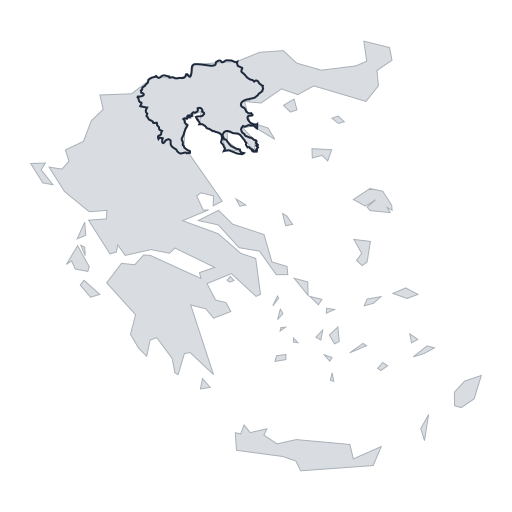 Kentriki Makedonia on a map of Greece (Robinson projection)
{"feature_id": "GRC-2991", "entity_name": "Kentriki Makedonia", "entity_type": "Region", "adm_level": 1, "iso_a3": "GRC", "parent_name": "Greece", "parent_adm1": "", "projection": "robinson", "projection_center": [23.042, 40.656], "detail": "fine", "context": "in_parent", "style": "outline", "palette": "slate", "viewbox_px": 512, "rotation_deg": 0, "n_neighbors": 0, "source": "natural_earth", "source_scale": "10m", "svg_char_len": 9553}
<svg xmlns="http://www.w3.org/2000/svg" viewBox="0 0 512 512"><path d="M363.9,41.2L389.5,47.6L392.0,60.2L377.0,70.5L378.4,85.8L366.0,101.4L313.8,85.9L297.8,94.6L281.4,88.9L261.1,103.0L244.6,101.5L250.0,122.3L268.0,128.0L274.8,139.3L252.5,126.0L242.9,127.9L255.3,141.4L254.3,150.9L239.6,134.5L227.2,132.0L227.6,141.4L240.1,151.3L225.7,149.3L221.3,135.0L199.7,123.4L201.1,111.4L185.9,117.4L183.9,146.3L222.2,201.1L213.2,205.8L213.5,195.9L201.0,192.8L196.7,195.8L199.2,201.5L203.3,210.3L208.6,209.8L182.6,220.7L218.3,233.8L240.9,253.4L255.7,258.4L260.5,294.3L256.1,296.4L231.4,273.6L207.0,283.6L215.5,300.0L225.9,302.6L230.8,311.5L213.6,318.2L205.9,308.8L190.7,305.0L213.5,374.6L190.2,352.6L184.4,353.5L178.1,374.6L174.9,372.8L172.2,358.4L156.7,337.6L150.1,340.1L146.7,356.2L138.6,348.2L130.5,334.3L135.6,314.8L106.7,282.8L121.5,263.4L134.8,264.7L143.6,255.0L150.3,255.4L200.9,278.5L199.5,272.6L214.7,267.4L174.8,248.0L169.5,253.2L151.0,249.6L125.1,255.4L117.8,244.9L116.3,252.1L110.0,253.9L88.6,220.2L106.5,218.9L106.9,210.4L89.2,211.7L64.5,191.5L49.1,167.1L62.0,169.1L69.0,161.2L65.4,150.0L83.5,141.3L91.4,120.6L103.2,109.4L99.9,95.0L131.5,93.8L153.2,77.3L179.0,78.1L190.9,74.3L194.0,64.6L237.9,61.2L259.5,52.3L283.3,50.7L296.6,63.1L321.3,70.2L355.9,65.9L366.7,61.2L363.9,41.2ZM250.2,432.6L266.9,428.8L263.9,435.1L276.9,443.8L296.3,439.6L349.9,444.5L353.3,458.9L381.2,446.6L373.2,465.5L300.7,470.8L295.8,461.0L282.8,456.5L236.5,450.3L235.3,432.7L240.7,434.0L244.1,425.0L250.2,432.6ZM218.6,210.3L232.5,224.1L264.0,234.6L271.9,261.9L287.0,266.5L287.8,274.6L276.3,274.7L259.5,251.1L239.1,247.7L218.3,224.9L198.3,220.5L218.6,210.3ZM382.8,191.3L391.7,205.3L392.1,210.3L387.1,207.5L390.2,212.6L370.0,210.6L367.2,207.1L375.7,199.7L365.4,206.2L353.4,199.5L370.0,188.5L382.8,191.3ZM461.3,407.6L454.6,405.8L454.4,392.2L464.6,381.1L481.3,375.5L474.1,398.9L461.3,407.6ZM367.1,262.0L362.2,265.6L356.5,260.4L361.7,253.4L353.9,239.4L370.4,241.5L367.1,262.0ZM77.6,245.7L89.3,266.8L87.8,271.4L75.3,269.1L71.7,261.0L66.4,264.4L77.6,245.7ZM52.9,184.7L42.8,182.9L30.7,163.5L45.3,163.1L41.1,169.8L52.9,184.7ZM331.7,149.7L327.7,160.9L322.0,155.4L312.3,158.0L312.0,148.7L331.7,149.7ZM405.7,287.9L417.9,294.4L407.0,298.5L393.0,293.4L405.7,287.9ZM297.0,109.9L290.3,112.1L283.6,105.3L294.0,99.1L297.0,109.9ZM84.0,280.3L99.8,294.4L90.6,297.2L80.2,285.1L84.0,280.3ZM339.2,341.5L334.5,343.9L329.4,335.0L337.9,327.0L339.2,341.5ZM307.7,281.9L308.1,295.4L294.2,278.3L307.7,281.9ZM428.6,414.5L424.5,440.6L420.8,428.6L428.6,414.5ZM85.7,235.3L77.2,238.8L84.7,222.2L85.7,235.3ZM210.2,387.4L200.4,389.0L202.5,378.6L210.2,387.4ZM413.3,356.8L427.1,345.9L434.4,347.8L423.9,353.6L413.3,356.8ZM364.2,305.8L367.1,299.1L381.0,296.6L373.4,303.3L364.2,305.8ZM322.7,330.0L320.9,340.0L315.9,337.2L322.7,330.0ZM321.9,299.4L318.4,304.8L309.9,296.4L321.9,299.4ZM292.6,224.4L285.6,225.7L282.6,213.5L286.7,215.9L292.6,224.4ZM344.3,121.8L338.5,123.4L331.9,118.2L338.2,116.1L344.3,121.8ZM286.0,354.5L285.8,359.6L275.0,361.4L276.6,355.7L286.0,354.5ZM366.5,345.7L349.7,352.8L363.1,343.4L366.5,345.7ZM278.6,298.2L272.8,305.9L277.5,296.0L278.6,298.2ZM334.5,309.5L326.3,313.2L326.6,308.3L334.5,309.5ZM387.6,365.8L380.9,370.5L377.6,368.3L382.8,362.5L387.6,365.8ZM417.8,339.4L411.5,342.9L409.8,333.9L417.8,339.4ZM282.9,313.5L277.6,319.5L280.3,309.2L282.9,313.5ZM84.8,247.2L85.2,255.6L80.8,245.3L84.8,247.2ZM332.0,357.4L329.8,361.2L324.2,354.8L332.0,357.4ZM245.8,205.0L239.8,206.2L236.1,199.0L245.8,205.0ZM234.0,280.6L229.6,282.1L227.1,280.2L230.4,276.4L234.0,280.6ZM285.5,327.2L280.1,331.1L280.9,327.6L285.5,327.2ZM332.2,372.9L333.7,381.4L330.3,380.2L332.2,372.9ZM297.9,342.7L293.4,342.1L293.6,338.1L297.9,342.7Z" fill="#d9dde1" stroke="#a8b0b8" stroke-width="1"/><path d="M196.2,64.1L200.8,64.4L211.1,65.8L213.2,65.6L214.4,65.3L215.0,65.0L215.4,64.6L215.7,64.0L215.8,62.8L215.9,62.3L216.7,61.7L217.8,61.0L219.0,60.5L220.0,60.5L220.9,61.1L221.4,61.8L221.9,62.3L223.0,62.2L223.9,61.7L225.5,60.6L226.5,60.3L231.6,60.5L235.0,62.1L236.7,62.2L237.3,61.8L237.0,63.2L237.8,65.9L242.2,67.9L242.2,68.8L241.7,69.5L241.3,71.2L241.7,72.1L244.2,74.1L247.2,77.6L249.9,79.4L252.6,80.1L254.2,81.6L255.2,80.7L256.2,80.5L257.1,80.7L258.1,81.4L259.2,83.3L261.7,85.3L262.9,85.8L262.5,86.6L263.1,88.5L262.9,89.3L262.4,90.1L262.4,91.0L261.6,91.7L258.7,93.8L257.7,95.3L254.9,97.5L253.9,98.0L249.5,98.9L249.3,99.3L248.7,99.2L247.0,99.4L244.1,100.5L243.0,101.2L241.9,102.1L241.2,103.1L240.9,104.8L241.4,106.2L242.3,107.1L243.5,107.5L244.2,107.9L245.1,109.1L245.8,110.4L246.2,111.6L246.5,111.7L248.3,113.1L249.0,113.3L249.8,113.4L250.6,113.3L251.1,113.1L251.5,113.8L252.5,114.7L252.5,115.3L252.1,115.5L248.5,115.9L247.7,116.7L247.5,117.9L247.9,119.6L250.1,122.6L250.6,123.0L252.3,123.8L252.6,124.1L254.5,124.5L255.1,124.7L255.7,124.5L257.1,124.3L257.2,124.2L257.2,124.4L257.2,126.0L257.3,127.0L257.2,127.9L257.1,128.5L256.6,128.2L254.7,126.4L253.7,125.6L252.9,125.4L251.0,125.6L249.1,125.1L248.3,125.2L245.7,126.4L244.5,126.6L243.0,126.0L242.8,126.4L242.5,126.9L242.3,126.9L241.4,128.1L241.1,129.2L241.2,130.2L242.0,132.2L242.3,132.6L242.6,132.9L244.4,134.0L244.8,135.1L245.5,135.9L246.2,136.3L246.6,136.2L250.1,137.8L250.8,137.5L251.6,137.9L252.5,138.5L253.2,139.2L253.9,139.7L256.0,140.4L256.6,141.2L256.5,141.7L255.9,142.3L255.9,142.9L256.2,143.3L257.1,143.9L257.3,144.4L257.1,145.0L256.8,145.0L256.4,145.0L256.2,145.3L256.4,146.0L256.7,146.3L257.2,146.2L257.7,145.9L257.6,146.6L257.7,147.0L257.8,147.3L258.0,147.6L256.7,148.7L256.4,149.3L257.0,149.8L257.0,150.3L256.0,150.3L255.5,150.7L255.7,151.1L256.6,151.1L256.6,151.6L253.9,151.7L252.9,151.4L253.1,150.7L253.1,150.3L252.7,150.3L252.3,150.6L251.9,150.5L251.7,150.1L252.0,149.4L250.1,148.4L249.8,148.3L249.6,147.6L249.0,147.1L248.3,147.0L247.9,147.3L247.9,147.6L248.0,148.1L246.1,145.1L245.9,144.4L246.2,143.4L246.3,142.7L246.1,142.5L245.5,142.2L245.2,141.7L245.0,141.2L244.8,140.7L240.2,134.9L238.4,133.8L237.4,133.5L233.1,133.2L230.2,131.7L227.9,131.0L225.8,131.1L224.0,132.2L222.8,134.3L222.6,135.5L223.0,136.6L223.6,137.6L223.8,138.8L224.0,139.2L224.4,139.4L225.4,139.4L225.9,139.6L226.2,139.9L226.7,140.7L229.5,144.4L231.0,146.0L236.4,148.8L239.9,149.5L240.1,149.9L240.1,150.5L240.2,151.1L240.7,151.9L241.3,152.4L242.2,152.8L243.2,152.9L244.0,153.1L243.6,153.5L242.6,154.0L241.6,154.2L237.1,153.5L229.6,150.5L228.3,150.3L224.4,150.9L223.8,151.1L224.1,150.4L224.8,149.2L224.9,148.5L224.8,148.0L224.0,147.0L223.8,146.6L223.4,145.1L222.5,144.0L221.5,143.1L221.0,142.1L221.7,140.0L222.0,137.6L221.6,135.4L220.6,133.8L218.5,132.7L217.4,132.3L215.5,131.9L214.6,131.4L213.7,131.0L212.8,131.2L210.1,129.4L209.6,129.3L209.1,128.8L207.8,128.6L206.6,128.1L205.7,126.5L203.2,124.7L202.3,124.3L201.4,124.2L199.3,124.3L199.8,123.3L199.4,122.3L197.9,120.4L198.0,120.4L198.2,120.0L196.4,118.0L195.9,117.0L197.0,116.5L200.3,116.4L202.1,116.0L202.9,115.5L203.2,114.9L203.8,114.4L204.2,113.8L203.9,112.7L202.7,111.9L202.3,111.8L202.1,111.6L202.2,111.2L202.5,110.5L201.7,108.9L200.5,108.0L199.1,107.8L197.6,108.3L197.9,109.5L197.8,110.5L197.4,111.2L196.8,111.8L196.0,112.2L195.5,112.5L194.5,112.7L194.1,112.5L193.6,112.2L192.6,112.8L192.0,113.6L191.8,114.6L192.2,115.7L191.9,115.7L191.5,115.3L191.5,116.2L191.2,116.2L191.2,115.7L190.8,115.7L190.6,116.4L190.1,116.4L189.6,116.0L189.0,115.7L189.0,115.4L188.2,115.4L187.4,116.1L187.3,116.8L188.3,117.4L187.8,117.4L187.5,117.6L187.3,117.9L187.2,118.5L187.0,118.8L186.5,118.7L185.8,118.3L184.5,118.3L183.9,118.5L183.3,119.1L184.0,119.8L184.6,120.7L184.8,121.6L184.7,122.6L185.3,123.1L185.8,123.8L186.5,124.5L187.4,124.7L187.5,125.4L186.8,126.8L185.4,129.1L183.9,133.4L183.9,134.1L181.9,138.2L181.7,139.6L182.1,140.6L182.7,141.7L182.9,143.1L182.7,144.6L182.8,145.2L183.5,145.5L183.7,145.8L184.3,147.6L187.1,149.8L187.5,150.0L187.8,150.3L189.1,150.7L189.3,150.9L189.4,151.1L189.9,151.1L190.0,151.4L190.0,152.5L190.0,152.8L189.5,152.9L186.8,153.3L186.0,152.7L185.0,152.5L180.9,153.6L179.0,152.9L177.4,151.5L176.2,149.5L172.7,147.3L171.2,145.6L170.6,143.8L170.7,141.1L170.3,140.1L168.6,139.2L166.4,139.9L165.5,140.6L164.5,142.2L163.4,143.1L162.5,142.7L162.1,141.8L162.3,140.8L162.1,139.9L162.6,139.1L162.8,138.3L160.1,137.7L159.0,138.2L158.5,139.0L158.1,138.1L158.0,136.9L158.4,135.9L160.4,135.0L161.1,134.2L161.3,132.4L162.1,130.9L159.7,129.9L159.1,128.9L158.9,127.1L157.2,125.3L157.0,124.4L157.1,123.6L156.7,122.7L153.8,123.1L153.0,122.6L152.9,121.7L151.3,120.6L149.3,119.8L148.6,119.0L147.4,116.9L146.6,116.3L146.6,115.4L147.3,113.8L145.9,112.0L145.8,110.3L147.1,107.6L146.0,107.6L145.1,107.1L144.2,107.1L142.0,106.5L141.1,106.5L140.2,106.2L141.5,103.4L141.4,102.6L139.7,102.0L139.1,101.0L138.3,98.1L137.5,97.3L137.9,96.5L139.7,96.6L141.7,96.2L142.7,95.8L143.6,95.1L143.8,94.3L143.0,93.4L141.2,92.7L140.9,90.5L141.3,90.4L142.0,89.8L142.2,89.0L142.2,88.4L142.3,87.8L142.8,87.2L144.7,86.0L144.8,86.0L145.5,84.8L147.3,83.2L148.0,82.2L148.1,81.7L148.2,80.4L148.4,79.8L148.8,79.4L150.1,78.5L151.7,77.7L155.0,76.8L155.2,76.7L155.8,76.1L156.0,76.0L156.4,76.1L156.5,76.4L156.6,76.7L156.7,76.9L158.5,77.8L158.8,77.9L159.9,77.5L161.8,76.0L163.0,75.5L164.1,75.4L165.1,75.5L167.1,76.1L168.7,76.3L169.1,76.4L169.3,76.6L169.3,77.5L169.8,77.7L170.2,77.5L171.2,77.4L172.5,77.2L173.1,77.3L173.6,77.5L174.7,78.1L175.3,78.3L176.8,78.4L177.6,78.3L178.4,78.1L179.3,77.9L180.2,77.9L181.9,78.1L183.0,78.0L184.0,77.7L184.9,77.0L185.7,75.9L185.9,75.4L185.8,74.9L186.0,74.4L186.8,74.2L187.4,74.3L187.7,74.7L187.9,75.2L188.3,75.7L189.2,76.5L189.9,76.8L190.4,76.4L191.0,75.1L191.5,72.7L191.8,67.7L192.3,65.7L193.8,64.4L196.2,64.1Z" fill="none" stroke="#1e293b" stroke-width="2"/></svg>